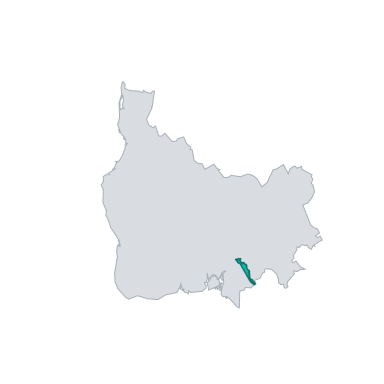 Óbidos, Pará, Brazil shown in context, rotated 150°
{"feature_id": "56859067B10175344529781", "entity_name": "Óbidos", "entity_type": "district", "adm_level": 2, "iso_a3": "BRA", "parent_name": "Brazil", "parent_adm1": "Pará", "projection": "natural_earth1", "projection_center": [-55.806, 0.073], "detail": "fine", "context": "in_parent", "style": "filled", "palette": "teal", "viewbox_px": 384, "rotation_deg": 150, "n_neighbors": 0, "source": "geoboundaries", "source_scale": "gbopen_adm2", "svg_char_len": 6503}
<svg xmlns="http://www.w3.org/2000/svg" viewBox="0 0 384 384"><g transform="rotate(150 192 192)"><path d="M120.2,88.6L123.3,91.6L127.1,90.2L128.3,92.1L130.4,89.3L135.6,86.5L136.8,83.9L140.1,82.4L140.3,80.7L136.5,80.1L135.5,72.8L132.3,68.3L136.7,70.6L140.6,70.5L143.4,72.8L144.2,70.0L154.1,66.5L156.2,64.1L156.1,62.0L159.0,61.8L159.9,62.9L159.0,66.5L161.5,67.6L162.4,70.5L160.7,72.8L159.8,78.8L161.7,85.1L166.4,88.7L168.4,88.2L169.4,86.2L171.1,86.6L176.4,83.3L183.0,84.4L182.0,81.7L183.1,79.9L184.4,80.7L188.7,79.4L193.6,82.6L195.7,81.0L200.3,82.2L208.9,68.0L210.3,69.5L213.2,82.5L214.7,84.5L217.6,85.7L217.9,89.0L213.0,95.2L210.0,97.3L206.0,105.8L202.0,107.0L206.1,107.3L212.2,103.0L213.4,108.4L215.0,110.1L221.3,108.2L219.4,114.4L221.9,109.5L224.8,106.6L226.2,107.5L226.8,106.6L226.3,104.3L228.2,101.6L233.1,101.0L243.5,105.7L244.2,108.2L245.7,106.5L248.1,108.3L248.8,110.4L247.5,111.8L248.0,112.5L249.4,111.2L249.7,112.5L248.5,113.8L247.7,118.1L249.3,116.3L250.5,113.2L250.7,115.4L255.4,112.5L266.3,116.1L275.1,115.8L283.6,121.5L291.0,129.4L300.4,130.9L302.1,133.8L304.5,145.2L303.5,152.7L299.7,160.3L289.5,172.7L289.5,171.7L287.5,177.3L284.2,182.3L282.8,183.0L281.7,180.8L280.8,181.9L279.3,187.2L280.2,202.4L278.2,211.2L278.4,214.7L275.5,218.4L274.5,227.2L267.6,238.4L267.2,243.5L263.2,245.5L261.2,249.8L256.0,249.9L255.0,248.3L254.5,250.1L246.6,250.5L247.0,252.0L241.9,255.5L239.0,255.5L234.0,258.4L227.6,263.8L226.4,266.3L225.3,265.4L224.8,266.5L223.4,266.0L225.2,267.6L223.7,269.2L223.2,272.1L224.2,278.3L222.7,287.5L217.4,292.8L210.7,305.5L204.6,311.3L204.4,309.3L208.8,307.0L212.7,300.0L212.8,298.8L210.2,299.5L208.8,297.3L209.5,299.5L208.8,302.1L205.0,306.4L203.7,309.7L204.1,311.6L201.1,318.1L197.2,322.2L196.3,321.6L196.3,318.3L198.6,315.4L195.1,310.9L187.4,305.7L185.1,302.8L182.9,304.3L182.6,302.3L178.3,297.8L176.2,299.0L174.0,298.3L183.5,286.1L184.6,286.2L184.4,285.0L194.9,277.8L195.8,271.8L193.9,267.4L190.6,267.4L192.7,257.2L190.6,255.6L186.1,256.5L184.0,245.8L180.3,244.0L177.6,245.3L171.7,243.8L172.5,236.8L170.7,231.2L172.3,229.9L170.8,228.4L174.4,218.1L172.4,213.4L169.2,211.6L169.5,205.2L159.1,205.1L158.7,199.9L156.7,197.3L158.5,197.3L157.1,188.6L153.9,186.6L149.8,186.8L142.5,181.1L134.7,179.6L131.4,176.5L129.1,171.6L129.0,161.4L122.3,162.6L110.6,170.7L107.1,169.7L99.1,170.0L99.5,159.6L95.6,163.1L90.2,163.3L89.0,160.0L84.2,159.4L85.5,156.6L79.5,147.0L81.1,145.4L80.9,142.7L84.4,139.8L83.8,137.3L85.8,130.8L91.7,126.7L97.7,124.5L102.5,125.4L105.7,104.7L104.4,100.1L101.9,97.6L102.0,92.9L107.1,92.3L106.2,89.7L103.1,89.7L103.2,85.3L112.8,85.3L112.7,83.5L114.2,85.1L117.2,82.6L118.9,85.4L119.1,88.8L120.2,88.6ZM215.9,97.5L226.6,98.7L224.1,106.0L222.1,106.1L221.8,107.4L220.2,106.8L218.5,108.6L214.4,108.6L213.0,105.0L214.0,104.1L212.8,102.8L213.6,98.5L215.9,97.5ZM206.8,106.3L208.5,101.0L210.1,100.3L210.0,103.5L206.8,106.3ZM218.9,94.9L217.8,96.9L215.4,96.4L215.8,95.2L218.9,94.9ZM215.2,92.8L214.8,96.8L213.8,96.4L215.2,92.8ZM220.5,97.5L219.0,97.7L218.3,97.3L220.2,96.2L220.5,97.5ZM213.6,97.6L212.0,98.9L211.4,98.2L212.5,97.1L213.6,97.6ZM216.5,94.1L215.7,93.3L217.0,92.5L217.1,93.2L216.5,94.1ZM215.6,83.8L214.7,84.0L214.5,82.6L215.4,82.5L215.6,83.8ZM224.5,282.1L224.2,280.8L225.0,279.6L225.2,280.0L224.5,282.1ZM242.8,255.0L243.0,256.5L241.9,256.2L242.8,255.0ZM224.1,272.9L223.7,272.2L224.4,271.4L224.6,271.7L224.1,272.9ZM249.1,115.4L248.4,116.9L249.1,114.8L249.1,115.4ZM282.2,183.3L281.1,183.7L281.8,182.5L282.2,183.3ZM249.4,251.1L248.4,251.6L248.1,251.3L248.8,250.7L249.4,251.1ZM280.4,186.0L280.0,186.8L279.7,186.3L280.4,186.0ZM246.2,105.2L246.3,106.0L246.0,105.9L246.2,105.2Z" fill="#d9dde1" stroke="#a8b0b8" stroke-width="1"/><path d="M186.2,86.4L185.9,86.3L185.9,86.2L186.1,85.9L186.1,85.7L186.1,85.4L185.9,85.2L186.0,85.1L186.1,84.9L186.0,84.6L185.9,84.6L185.7,84.4L185.4,84.3L185.2,84.1L185.2,83.9L185.2,83.7L185.5,83.4L185.6,83.2L185.5,82.9L185.4,82.9L185.4,82.7L185.2,82.7L185.0,82.4L185.0,82.2L185.0,81.9L184.8,81.6L184.7,81.5L184.6,81.1L184.5,80.8L184.5,80.7L184.3,80.7L184.2,80.8L183.8,80.7L183.6,80.7L183.4,80.9L183.2,81.0L183.1,81.4L183.1,81.5L183.1,81.8L183.1,82.0L183.3,82.3L183.3,82.5L183.4,82.4L183.4,82.6L183.5,82.7L183.5,82.8L183.6,83.0L183.6,83.3L183.7,83.5L183.8,83.7L183.8,83.8L183.9,84.0L183.8,84.3L183.9,84.5L183.8,84.8L183.8,85.0L183.8,85.3L183.9,85.6L183.9,85.8L184.0,85.9L184.0,86.0L184.2,86.3L184.3,86.4L184.2,86.4L184.3,86.5L184.3,86.9L184.4,87.0L184.5,87.0L184.8,87.1L184.9,87.3L185.0,87.4L185.0,87.5L185.1,87.8L185.2,88.0L185.0,88.3L185.1,88.5L184.9,88.8L185.0,88.9L184.9,88.9L184.9,89.0L184.8,89.3L184.7,89.3L184.4,89.4L184.4,89.5L184.4,89.8L184.4,90.2L184.3,90.3L184.2,90.6L184.3,90.8L184.2,90.9L184.0,91.1L183.9,91.2L184.0,91.3L183.9,91.3L183.7,91.3L183.6,91.5L183.4,91.7L183.4,91.8L183.2,91.8L183.1,92.0L183.0,92.3L183.0,92.6L183.0,92.8L183.0,93.0L183.3,93.2L183.3,93.5L183.3,93.8L183.4,94.1L183.4,94.3L183.2,94.3L182.9,94.4L182.7,94.3L182.7,94.2L182.2,94.1L182.1,94.3L182.0,94.5L181.9,94.6L181.9,94.8L182.0,95.0L181.8,95.4L181.8,95.5L182.0,95.7L182.0,95.8L182.1,96.0L182.3,96.4L182.3,96.5L182.6,97.0L182.7,97.3L182.7,97.5L182.7,97.9L182.7,98.0L182.7,98.3L182.5,98.6L182.6,98.8L182.6,99.0L182.6,99.3L182.5,99.5L182.4,99.6L182.3,99.8L182.2,99.8L182.2,100.0L181.9,100.1L181.8,100.3L181.7,100.4L181.6,100.6L181.6,100.9L181.6,101.0L181.5,101.3L181.4,101.3L181.4,101.5L181.3,101.8L181.4,102.1L181.5,102.2L181.5,102.4L181.8,102.4L182.0,102.4L182.0,102.5L182.2,102.8L182.3,103.1L182.4,103.6L182.5,103.7L182.6,103.9L182.6,104.1L182.5,104.4L182.4,104.7L182.4,104.8L182.6,104.9L182.6,105.1L182.8,105.3L183.0,105.3L183.3,105.4L183.5,105.3L183.7,105.2L183.8,105.3L183.8,105.2L183.9,105.3L183.9,105.2L184.0,105.3L184.1,105.5L184.2,105.4L184.2,105.5L184.3,105.5L184.4,105.4L184.4,105.5L184.5,105.6L184.4,105.9L184.4,106.0L184.3,106.3L184.4,106.6L184.6,106.7L184.6,106.9L184.7,108.6L184.5,108.8L184.3,108.8L184.2,108.9L184.3,108.9L184.4,109.0L184.7,109.1L184.3,109.3L184.3,109.2L184.2,109.3L184.0,109.5L183.9,109.5L183.7,109.7L183.7,109.8L183.4,110.0L183.5,110.1L183.9,110.1L184.2,110.0L184.3,110.0L184.5,110.3L184.7,110.5L184.9,110.6L185.0,110.7L185.0,110.8L185.0,111.1L185.3,111.2L185.5,111.1L185.8,110.9L186.3,110.9L186.5,111.0L186.7,111.3L186.8,111.4L186.9,111.5L187.2,111.5L187.4,111.5L187.6,111.7L187.8,111.8L188.0,111.7L188.0,111.2L187.9,111.1L187.7,111.1L187.1,110.9L187.0,110.7L187.4,110.7L187.5,110.3L187.5,110.0L187.6,109.9L187.6,109.7L187.6,108.2L187.6,107.9L186.2,106.0L186.2,86.4Z" fill="#14b8a6" stroke="#0f766e" stroke-width="1.5"/></g></svg>